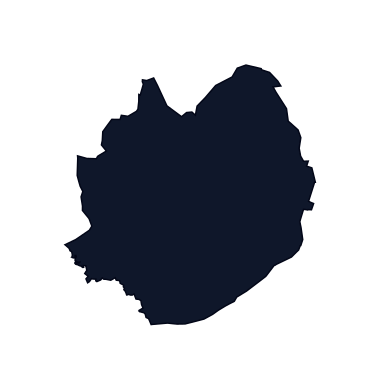 Belleh, Gbapolu, Liberia (Equal Earth projection), rotated 108°
{"feature_id": "62588387B94232483093280", "entity_name": "Belleh", "entity_type": "district", "adm_level": 2, "iso_a3": "LBR", "parent_name": "Liberia", "parent_adm1": "Gbapolu", "projection": "equal_earth", "projection_center": [-9.866, 7.529], "detail": "fine", "context": "isolated", "style": "filled", "palette": "ink", "viewbox_px": 384, "rotation_deg": 108, "n_neighbors": 0, "source": "geoboundaries", "source_scale": "gbopen_adm2", "svg_char_len": 3248}
<svg xmlns="http://www.w3.org/2000/svg" viewBox="0 0 384 384"><g transform="rotate(108 192 192)"><path d="M330.7,189.9L330.2,188.9L328.7,185.3L324.2,174.7L323.2,169.9L322.2,165.4L319.6,157.8L318.4,155.9L315.9,151.9L312.2,146.1L309.1,141.3L302.0,134.6L296.3,130.4L289.7,124.7L288.3,123.3L287.4,122.5L286.8,121.9L282.9,118.0L279.1,117.2L278.1,117.0L274.3,113.7L273.9,113.4L269.5,109.6L254.8,99.4L249.5,95.8L247.9,95.2L236.5,91.2L236.1,90.8L236.1,90.5L234.7,89.4L223.1,77.3L216.8,74.1L216.3,73.8L214.2,72.7L209.7,72.5L209.6,72.2L209.4,72.0L204.2,72.0L203.0,72.0L202.0,72.5L201.6,72.7L198.5,74.2L192.0,77.4L189.4,78.9L188.8,79.2L186.9,80.3L186.2,80.3L184.5,80.4L179.7,80.5L174.2,80.6L174.1,80.3L173.9,80.3L173.8,79.6L173.7,79.2L173.3,76.4L172.9,76.3L172.0,72.9L167.6,72.8L167.0,72.8L165.6,72.8L165.4,72.8L165.2,75.7L164.8,78.3L161.8,78.3L147.0,78.4L144.9,78.5L144.6,77.7L132.0,85.5L132.0,91.0L126.7,91.0L128.3,95.4L124.3,99.8L117.3,103.6L106.7,105.3L100.2,110.3L97.1,117.3L96.4,118.8L94.9,122.4L83.5,127.9L71.1,143.0L67.0,147.4L63.7,140.3L62.4,141.9L60.0,144.7L54.3,155.2L54.3,163.4L53.3,164.3L54.6,179.9L60.2,187.2L70.2,189.4L83.4,202.4L98.1,208.5L108.7,213.7L117.9,212.5L116.0,216.8L118.1,221.7L123.6,225.2L117.8,242.5L101.4,257.7L95.4,263.7L100.0,269.5L100.6,273.8L102.5,273.3L104.4,271.6L109.3,271.4L115.9,271.2L115.7,272.7L122.3,270.6L130.0,269.0L132.5,269.8L139.8,276.3L140.3,279.4L140.9,282.9L145.2,282.8L146.6,287.2L147.7,290.7L151.5,292.0L154.8,293.1L162.2,295.5L170.8,293.2L175.2,292.7L179.5,286.1L185.7,291.5L187.3,292.8L189.9,293.2L192.1,300.7L192.6,302.3L192.7,305.1L193.0,312.0L195.2,311.1L211.7,306.3L217.1,302.8L221.1,300.1L225.2,296.0L230.9,296.0L239.2,291.8L243.4,290.5L249.1,281.7L255.4,276.7L260.1,277.8L273.2,287.9L281.4,296.5L282.0,295.0L283.3,292.0L283.7,291.3L285.6,289.8L285.9,288.0L288.7,286.4L290.7,286.0L291.0,286.2L291.0,285.9L291.3,285.8L291.3,284.3L291.0,283.8L291.0,283.3L290.6,283.1L288.6,283.7L288.2,282.8L289.0,282.2L289.6,281.9L291.2,282.5L293.1,282.1L293.9,279.9L293.5,278.0L293.3,277.0L294.1,277.2L294.7,277.5L294.9,278.5L295.0,279.9L294.5,280.8L294.3,281.3L295.8,281.5L296.6,280.4L296.6,279.2L296.5,278.2L296.8,276.4L296.8,275.2L296.7,274.6L297.1,273.9L297.5,272.5L297.1,271.8L295.5,272.8L295.0,270.4L295.4,270.1L295.3,269.9L295.6,269.8L299.3,267.7L300.1,268.2L302.7,268.8L304.1,265.1L304.2,264.7L306.4,265.6L307.4,266.0L310.6,263.2L309.7,262.5L309.0,261.9L308.0,261.6L305.4,260.8L305.4,260.1L305.4,259.6L304.6,256.4L306.2,256.1L306.6,254.8L305.9,254.0L304.4,252.3L303.9,251.7L301.5,250.8L301.6,250.6L302.2,249.0L301.6,246.8L301.0,242.0L300.9,241.9L297.2,238.5L298.0,237.9L299.3,236.8L298.9,234.8L298.7,233.4L299.5,233.0L299.9,232.7L301.0,232.1L301.6,228.8L301.7,228.2L302.6,228.1L303.4,228.0L304.0,227.0L304.2,226.6L304.5,226.6L306.0,226.6L306.7,225.2L308.2,223.7L310.0,222.4L309.9,222.1L310.0,222.0L309.7,221.6L309.0,220.9L309.0,219.4L309.0,218.6L308.5,217.0L308.1,216.7L306.9,215.6L307.5,215.1L311.1,212.2L310.9,211.0L310.5,209.2L311.1,207.0L314.6,205.2L315.1,204.8L317.5,202.7L320.9,205.7L321.4,205.3L321.6,205.5L321.8,205.0L322.0,204.8L321.9,204.3L321.7,200.4L322.5,198.8L323.6,198.1L325.5,196.9L325.7,195.0L325.8,194.2L327.2,192.9L330.7,189.9Z" fill="#0f172a" stroke="#020617" stroke-width="1.5"/></g></svg>